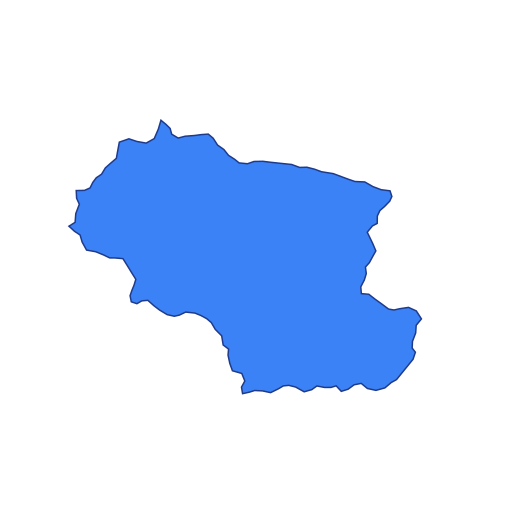 Itupeva, São Paulo, Brazil (Robinson projection), rotated 121°
{"feature_id": "56859067B21422135247003", "entity_name": "Itupeva", "entity_type": "district", "adm_level": 2, "iso_a3": "BRA", "parent_name": "Brazil", "parent_adm1": "São Paulo", "projection": "robinson", "projection_center": [-47.066, -23.146], "detail": "fine", "context": "isolated", "style": "filled", "palette": "blue", "viewbox_px": 512, "rotation_deg": 121, "n_neighbors": 0, "source": "geoboundaries", "source_scale": "gbopen_adm2", "svg_char_len": 1957}
<svg xmlns="http://www.w3.org/2000/svg" viewBox="0 0 512 512"><g transform="rotate(121 256 256)"><path d="M326.8,431.7L328.3,424.3L328.6,417.6L333.6,412.2L338.2,404.3L334.9,395.6L333.6,387.2L333.0,380.5L330.2,375.7L326.8,368.7L330.4,361.6L334.1,354.5L337.9,347.0L343.9,345.5L349.2,344.7L354.9,343.5L359.5,339.3L358.2,333.5L353.3,330.8L349.7,325.9L351.2,317.9L352.0,310.8L352.0,301.9L349.7,295.0L346.2,291.3L340.3,287.4L336.4,279.0L335.4,272.7L335.1,266.0L336.1,260.0L339.9,253.1L342.1,244.3L349.2,238.3L349.9,231.6L355.4,228.9L361.6,223.1L366.5,217.1L364.0,207.7L368.9,201.2L375.9,200.9L380.9,196.6L376.1,191.5L372.0,187.9L368.3,181.0L365.6,173.1L358.3,168.4L353.3,165.7L350.0,161.3L347.9,154.5L347.6,144.8L341.9,139.4L336.1,136.9L333.3,129.4L330.0,124.0L326.0,120.4L328.1,113.2L322.7,108.4L315.9,105.6L311.0,100.2L312.2,92.3L309.4,84.0L302.7,77.6L294.8,74.9L289.6,71.9L263.6,68.2L256.4,69.8L254.5,74.7L248.6,77.9L239.7,79.5L232.9,83.0L224.7,81.8L220.5,90.3L221.5,98.8L227.2,105.7L231.2,109.9L233.2,115.0L232.4,123.1L231.6,132.5L230.7,139.6L234.0,146.3L228.5,150.3L220.7,150.8L214.3,152.4L209.1,156.5L203.3,155.4L196.3,155.7L189.9,155.9L185.1,162.5L178.3,172.9L170.3,171.7L165.6,168.9L159.2,172.6L153.2,173.2L147.4,171.3L140.1,169.6L135.0,170.2L131.1,174.7L134.7,182.8L136.3,191.5L136.5,200.9L141.2,209.6L142.5,215.7L143.8,222.5L145.6,232.2L150.1,243.4L151.4,250.4L153.7,258.1L157.6,264.2L159.2,272.6L164.3,283.5L168.2,291.9L171.3,298.9L176.0,306.4L181.3,310.8L184.9,318.4L184.1,324.1L183.9,331.4L181.3,338.3L180.7,346.1L177.1,353.4L176.1,359.7L180.1,365.4L184.4,370.8L189.8,378.4L195.0,383.5L195.0,391.0L190.9,395.3L189.6,400.7L188.6,407.4L197.4,405.1L207.8,403.7L215.8,408.3L219.2,417.2L221.0,425.3L228.8,431.8L239.5,427.8L244.2,426.0L251.3,428.4L258.1,430.5L265.4,430.5L271.2,433.2L276.9,433.8L283.1,433.3L288.1,436.8L292.5,443.8L298.9,439.5L302.6,434.1L312.5,432.3L320.3,428.4L326.8,431.7Z" fill="#3b82f6" stroke="#1e3a8a" stroke-width="1.5"/></g></svg>